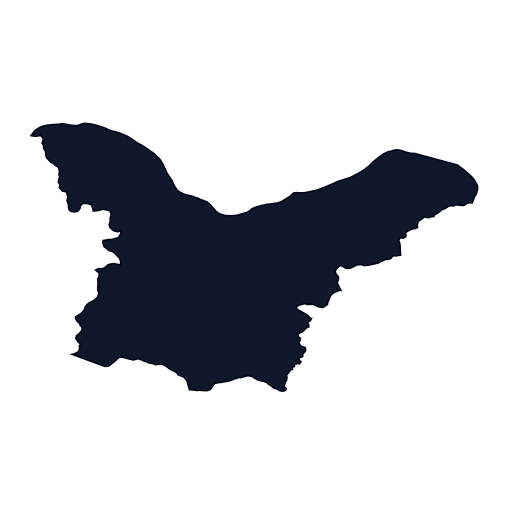 outline of Brejinho de Nazaré, Tocantins, Brazil, rotated 269°
{"feature_id": "56859067B48174787205843", "entity_name": "Brejinho de Nazaré", "entity_type": "district", "adm_level": 2, "iso_a3": "BRA", "parent_name": "Brazil", "parent_adm1": "Tocantins", "projection": "natural_earth1", "projection_center": [-48.621, -11.067], "detail": "fine", "context": "isolated", "style": "filled", "palette": "ink", "viewbox_px": 512, "rotation_deg": 269, "n_neighbors": 0, "source": "geoboundaries", "source_scale": "gbopen_adm2", "svg_char_len": 5607}
<svg xmlns="http://www.w3.org/2000/svg" viewBox="0 0 512 512"><g transform="rotate(269 256 256)"><path d="M305.3,473.1L311.6,475.7L314.4,477.5L319.8,478.9L322.4,478.7L326.4,476.7L329.9,474.5L332.3,472.2L339.3,464.6L340.6,462.6L343.5,459.1L355.8,416.5L356.0,412.8L357.2,407.7L358.3,405.0L359.5,400.9L359.7,398.8L359.6,396.5L358.5,393.0L358.2,390.8L356.6,386.7L355.5,384.6L352.2,380.0L348.5,375.3L346.8,373.1L344.8,371.4L343.3,369.5L341.7,367.4L340.0,365.1L338.1,362.0L334.4,354.7L332.9,351.5L330.9,344.9L330.2,342.6L328.8,338.1L327.3,335.0L323.5,325.4L321.0,318.6L319.0,308.9L318.4,304.9L318.5,302.8L318.4,300.8L318.7,297.9L318.5,294.8L315.0,290.9L312.3,286.1L310.7,283.9L309.8,281.8L308.7,278.7L307.7,270.5L307.7,268.4L306.8,264.9L306.4,262.2L305.6,259.5L305.1,257.2L303.3,252.6L301.4,250.6L299.8,247.7L298.5,242.5L297.5,239.4L296.9,235.7L296.7,231.7L297.0,226.3L298.0,222.7L299.1,219.8L301.3,216.9L308.3,211.1L310.7,208.3L312.2,205.0L313.4,201.9L314.8,199.0L316.2,194.9L317.2,192.6L317.7,190.0L318.9,185.4L321.8,180.1L323.3,178.3L327.3,175.8L330.1,174.3L332.3,173.7L336.4,171.1L339.6,169.0L341.1,168.1L342.9,167.4L349.2,164.7L351.5,163.4L353.8,162.0L355.6,160.6L357.4,158.5L359.8,156.3L361.6,154.0L362.6,152.4L363.9,150.8L366.4,147.4L369.1,143.2L370.3,140.8L371.9,138.3L375.2,133.9L378.3,129.0L380.6,123.8L382.3,118.9L383.1,116.1L383.6,113.7L384.9,110.7L386.0,108.5L387.1,106.0L387.8,104.0L388.7,101.5L389.5,98.7L390.2,96.5L391.0,92.9L391.6,88.0L391.6,85.6L390.5,82.4L389.6,80.2L389.6,78.1L389.9,74.2L391.3,67.1L391.7,64.4L391.3,61.6L391.1,59.6L390.9,53.9L390.6,51.3L390.4,49.2L389.9,46.6L389.2,44.1L388.2,41.8L386.9,39.5L385.3,37.1L380.3,33.1L379.7,35.9L379.5,38.1L380.2,42.8L378.6,44.1L376.9,45.3L374.4,44.8L372.6,44.0L371.0,45.2L368.8,45.5L366.6,45.9L364.7,47.1L361.7,47.7L359.5,47.7L357.7,48.4L355.4,50.6L353.1,52.7L352.2,54.9L350.0,56.9L348.9,59.1L347.3,60.3L345.5,60.6L343.3,60.9L341.2,60.3L339.2,60.9L336.8,60.6L335.2,59.8L333.2,59.6L330.5,61.3L327.8,60.6L326.2,62.1L324.2,63.6L323.9,65.5L323.3,67.6L320.2,68.4L317.8,68.8L314.7,67.9L312.5,68.8L309.9,69.4L307.3,69.4L305.0,70.2L303.8,72.0L303.3,74.2L303.3,76.3L303.8,78.5L306.8,80.9L309.4,81.4L311.6,84.0L311.3,88.9L309.9,92.3L306.5,93.6L303.7,94.1L304.1,98.1L304.5,100.6L305.3,102.8L305.0,106.0L303.6,110.7L300.8,111.8L298.1,111.5L296.1,110.7L293.3,110.8L290.1,109.7L287.2,110.4L285.8,111.8L284.3,113.4L283.3,115.1L282.6,118.3L283.4,121.3L281.0,121.3L278.8,119.8L276.8,118.9L275.8,114.6L275.0,112.0L275.1,108.9L274.6,106.3L274.2,103.4L272.0,102.9L269.8,103.7L268.1,104.1L265.8,107.0L264.0,109.0L263.2,112.1L262.0,113.8L260.6,115.5L258.8,116.9L256.9,119.0L252.9,120.6L249.7,120.5L250.0,117.7L250.9,114.1L250.6,110.6L249.8,107.9L247.2,104.9L246.3,103.0L246.0,100.7L246.2,98.1L244.7,95.3L243.0,97.3L241.8,98.8L239.4,98.9L237.8,98.4L235.7,97.3L232.3,97.5L229.6,97.5L227.0,97.1L224.5,97.2L221.6,98.2L218.2,97.1L216.5,95.7L214.4,93.1L213.4,91.0L212.2,88.6L210.7,86.6L209.4,85.3L207.7,84.2L205.0,83.3L202.2,80.7L200.6,78.5L198.4,74.5L196.6,74.5L193.9,75.9L191.8,78.3L189.6,79.0L188.4,80.4L186.5,81.1L184.2,80.1L182.0,78.4L179.5,75.2L176.9,74.3L174.5,75.7L172.8,77.0L171.2,79.1L169.1,77.7L167.0,78.0L165.1,77.6L163.3,76.4L161.5,73.0L160.9,70.2L158.8,75.6L157.6,78.7L156.5,81.5L148.2,102.9L148.3,105.6L148.9,107.5L150.3,109.1L151.9,111.4L153.9,113.9L155.7,115.8L157.1,117.4L157.2,120.7L155.8,125.2L154.1,131.6L154.8,134.0L155.3,136.3L154.5,138.4L153.9,140.6L152.7,142.3L152.3,144.5L150.9,146.8L150.5,149.6L149.0,154.3L149.5,156.5L149.4,158.9L149.0,161.0L148.1,162.9L146.7,165.0L144.1,168.2L142.7,171.1L141.7,173.1L140.3,175.1L138.7,175.8L137.8,177.7L137.0,180.1L135.9,182.0L132.5,184.7L123.4,187.1L123.2,190.4L122.5,194.7L122.8,196.8L122.5,198.9L122.3,201.2L122.2,205.2L123.2,207.8L124.8,209.3L127.7,211.0L129.4,212.8L129.9,215.9L130.1,218.2L130.8,222.2L131.1,225.0L131.8,227.8L133.0,231.2L133.9,234.1L134.8,236.6L134.7,239.0L136.5,245.8L135.6,250.0L133.6,252.8L131.8,256.1L131.1,258.7L130.5,261.5L129.1,264.8L127.3,266.6L125.5,269.3L123.5,271.6L122.6,274.6L120.8,277.6L120.3,280.8L121.2,283.4L122.9,283.9L125.0,281.8L127.2,282.5L129.4,283.1L131.4,284.5L134.2,284.9L136.4,284.5L138.7,286.6L141.5,288.6L141.9,290.6L144.2,290.3L144.7,292.5L146.7,292.7L147.7,295.3L147.3,297.7L149.6,299.2L150.9,297.6L152.9,296.9L154.6,300.9L157.3,301.2L159.2,303.1L161.0,304.1L163.6,303.7L164.7,300.0L167.3,297.9L169.4,297.5L171.2,298.8L173.2,298.9L174.4,296.9L176.6,296.6L178.4,298.4L179.2,300.8L182.0,304.0L183.5,305.2L184.1,307.6L186.3,307.6L188.2,306.1L190.5,309.3L192.7,310.5L193.2,308.5L195.2,307.4L196.5,305.5L197.9,303.3L200.6,298.7L202.2,296.0L204.4,295.6L205.7,297.4L206.6,300.2L207.5,304.0L206.6,306.4L206.7,309.8L206.6,312.3L205.6,314.6L204.5,316.4L203.8,319.0L203.2,321.8L205.1,324.9L206.2,326.6L208.2,326.9L211.5,328.5L214.4,329.5L215.9,330.8L217.8,332.9L220.0,338.4L220.1,340.4L225.4,337.8L228.1,336.6L230.7,338.0L233.9,338.1L236.1,336.1L239.1,334.8L241.3,336.0L245.1,339.8L244.0,342.7L241.9,346.1L242.3,350.7L243.6,353.3L245.3,356.7L245.6,361.3L244.4,364.2L244.9,368.4L246.7,377.8L247.6,379.5L250.4,385.8L250.2,387.8L251.1,390.7L253.7,392.8L253.7,396.5L254.3,400.6L263.5,400.3L266.8,399.9L268.6,399.0L271.4,400.1L271.4,403.8L272.4,405.9L274.3,406.5L276.4,405.8L277.9,407.6L280.3,412.4L280.6,415.6L281.8,418.1L283.8,417.7L287.9,418.9L289.2,421.2L292.1,425.2L291.5,427.3L291.2,429.6L292.1,431.4L292.3,434.4L294.0,435.4L295.5,437.8L297.1,440.6L299.0,442.4L299.8,445.2L301.1,447.5L302.5,449.7L302.9,452.3L302.6,454.7L303.6,456.8L303.1,461.5L302.8,463.6L303.4,465.9L305.0,467.7L305.5,470.7L305.3,473.1Z" fill="#0f172a" stroke="#020617" stroke-width="1.5"/></g></svg>